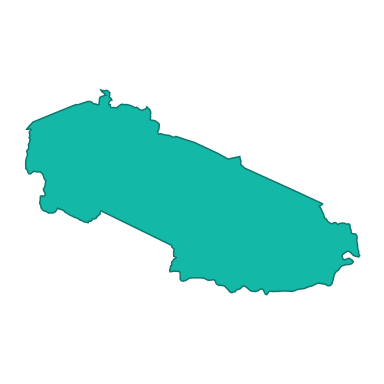 Manoel Vitorino, Bahia, Brazil, rotated 178°
{"feature_id": "56859067B7566459319079", "entity_name": "Manoel Vitorino", "entity_type": "district", "adm_level": 2, "iso_a3": "BRA", "parent_name": "Brazil", "parent_adm1": "Bahia", "projection": "orthographic", "projection_center": [-40.553, -14.068], "detail": "fine", "context": "isolated", "style": "filled", "palette": "teal", "viewbox_px": 384, "rotation_deg": 178, "n_neighbors": 0, "source": "geoboundaries", "source_scale": "gbopen_adm2", "svg_char_len": 5019}
<svg xmlns="http://www.w3.org/2000/svg" viewBox="0 0 384 384"><g transform="rotate(178 192 192)"><path d="M37.1,114.1L34.8,114.8L33.2,116.6L34.1,118.1L35.4,119.0L36.7,120.1L38.4,120.2L40.4,119.3L42.4,118.9L43.4,120.0L44.0,121.1L44.3,122.4L43.8,124.1L41.7,125.6L39.8,126.9L38.1,127.3L36.8,126.9L35.4,125.9L34.2,124.3L33.0,123.1L31.3,122.3L29.3,121.8L27.8,121.2L26.6,122.5L27.5,124.1L27.5,125.7L27.6,127.3L28.4,129.4L28.4,131.8L28.4,133.8L28.8,135.7L29.0,137.3L28.8,139.5L28.6,141.2L29.0,142.9L29.8,144.2L31.5,144.6L33.2,144.8L34.2,145.6L34.5,146.8L34.3,148.2L34.9,149.8L35.4,151.0L35.1,153.1L36.3,154.7L38.7,154.5L40.7,155.5L42.6,155.7L45.1,155.5L47.4,154.4L49.4,156.4L51.3,156.3L53.7,155.2L55.1,156.2L56.5,157.0L57.6,158.3L58.6,160.1L60.3,161.3L60.9,163.2L61.4,165.7L62.2,167.1L62.7,168.3L63.2,169.7L63.8,171.0L64.4,172.1L65.3,173.4L64.0,173.9L62.8,174.5L62.0,175.7L91.3,190.6L137.7,213.6L139.2,214.5L140.3,215.9L142.0,217.3L142.4,219.2L142.0,221.0L142.3,222.3L142.8,223.9L143.0,225.8L153.4,223.9L154.7,223.6L164.5,229.5L187.4,241.2L191.6,242.8L193.4,243.4L206.1,248.1L207.6,247.5L209.6,247.6L211.7,248.9L213.3,249.5L215.6,249.7L217.8,250.1L219.4,250.8L221.3,251.4L223.4,250.9L224.1,252.7L224.2,253.9L223.0,255.6L222.7,257.4L222.4,259.3L222.5,261.2L223.5,262.1L224.4,263.0L225.9,264.1L227.8,264.9L229.8,265.1L231.4,265.9L230.8,267.8L230.8,270.7L230.5,272.4L230.7,274.2L231.3,275.5L232.7,277.1L234.1,278.7L234.7,277.5L236.1,276.3L238.0,275.9L239.5,275.2L241.8,276.6L243.2,277.7L244.3,278.6L246.1,278.2L248.5,279.7L250.9,280.7L253.0,281.4L254.5,281.7L256.6,281.6L258.5,282.2L260.3,281.7L262.0,280.5L263.3,279.6L264.4,278.5L267.4,279.2L269.5,279.1L270.6,279.8L270.6,282.2L272.2,282.5L272.0,284.1L271.4,285.5L270.1,286.4L268.9,286.6L269.9,288.6L271.3,289.8L271.0,291.6L270.7,294.2L272.2,295.7L273.4,296.5L275.1,296.4L276.3,296.2L277.7,296.5L279.5,297.2L278.8,295.6L277.4,294.7L275.7,293.0L274.7,291.7L276.0,291.7L277.5,290.9L278.7,290.6L280.6,289.9L281.3,288.0L281.4,285.7L281.7,284.2L281.7,282.9L283.6,282.4L284.8,283.2L286.4,283.4L287.9,284.0L288.9,285.1L290.5,286.0L292.7,286.2L302.9,283.2L304.7,283.4L306.5,282.9L328.1,275.0L342.7,269.6L348.5,267.4L351.9,264.0L355.0,260.5L353.3,260.4L351.8,260.9L350.6,259.9L352.0,258.4L352.7,257.2L352.1,255.1L352.2,253.1L353.0,251.9L351.8,250.4L352.4,249.0L352.7,247.2L353.9,245.0L353.6,243.1L353.7,241.4L354.4,240.2L355.5,239.2L355.7,237.9L355.0,236.0L355.4,234.2L355.9,232.7L356.5,231.0L357.1,229.1L357.1,227.6L357.3,225.0L357.2,223.0L357.4,221.4L356.3,220.2L355.6,218.8L355.2,217.3L354.5,216.1L352.8,215.7L351.5,216.7L350.1,218.0L348.6,218.1L346.9,217.6L345.2,217.4L343.2,217.4L341.6,216.4L340.7,215.0L339.9,213.3L339.5,211.3L338.7,209.4L337.6,208.2L338.1,206.7L338.3,205.0L338.7,203.4L339.3,201.7L340.5,200.1L339.9,197.7L338.6,195.8L339.2,193.7L340.8,192.8L342.2,193.5L343.7,193.1L343.8,191.4L344.0,189.2L344.6,185.9L343.6,183.6L343.4,181.4L342.0,179.3L340.4,178.2L338.8,177.7L337.4,177.1L336.2,176.0L334.6,176.0L333.4,175.9L331.8,176.0L330.0,176.5L328.7,177.6L327.8,179.1L326.6,180.6L325.6,179.7L323.8,179.2L322.1,178.6L320.5,177.5L319.5,176.2L318.3,175.6L317.1,174.8L315.6,173.7L314.4,173.0L312.6,172.1L310.4,170.8L308.7,170.3L306.9,169.5L305.4,168.2L303.9,167.5L302.4,167.0L301.4,166.1L300.0,165.7L298.6,165.5L296.9,164.9L296.1,166.4L294.5,166.2L293.2,166.8L292.4,168.5L290.4,168.5L288.8,169.0L287.8,170.6L286.5,171.7L284.8,172.9L284.6,174.7L283.5,176.3L214.5,139.5L213.9,137.6L213.0,136.6L211.9,135.8L212.2,134.0L212.5,131.8L212.5,130.0L212.5,128.4L211.1,127.8L210.1,127.0L211.2,126.1L212.9,125.2L213.4,123.9L214.5,123.0L214.9,121.3L214.7,119.6L215.9,118.9L216.4,116.6L217.0,114.9L216.8,113.1L214.9,113.2L212.9,113.5L209.9,113.3L208.5,113.1L207.1,112.6L206.6,111.0L206.8,108.4L206.8,105.3L205.9,103.7L203.8,103.2L202.1,103.6L200.6,104.2L199.2,105.1L197.5,106.0L194.9,106.2L192.7,106.1L189.5,106.0L186.9,106.0L184.8,105.7L182.8,105.3L180.8,104.2L179.6,103.5L177.7,103.2L175.8,103.3L174.0,103.6L172.6,103.1L171.7,101.9L171.1,99.8L169.8,98.5L168.6,97.9L166.4,97.6L164.5,97.4L163.2,97.0L162.0,96.1L161.0,95.0L159.8,93.6L158.7,92.3L157.9,91.2L156.9,90.3L155.3,90.0L153.9,90.8L152.2,90.9L151.1,92.6L149.1,93.1L147.3,93.5L146.0,94.8L144.5,96.2L143.0,96.3L141.9,95.6L140.4,94.4L139.0,93.2L137.8,91.9L136.5,91.0L134.6,90.6L132.5,90.3L130.9,90.7L129.4,91.0L127.8,92.1L126.3,92.9L124.6,92.3L123.7,90.9L123.0,88.8L122.1,87.3L120.8,86.8L119.6,88.3L118.7,89.8L116.6,90.0L114.4,89.7L113.0,89.7L111.5,89.7L109.4,89.7L107.6,89.7L106.2,89.8L104.6,89.9L103.3,89.9L101.7,89.8L100.3,89.7L98.6,89.5L97.1,89.4L95.4,89.3L94.1,89.4L92.2,90.0L90.1,90.9L88.2,91.2L86.4,91.4L84.8,91.4L83.2,91.6L81.9,92.0L79.7,92.9L78.1,93.4L76.7,93.6L75.1,94.0L73.1,95.0L71.7,95.6L70.1,96.3L68.0,96.4L66.1,96.0L64.9,95.6L63.5,95.5L61.8,95.1L60.8,94.2L59.3,93.6L57.7,93.5L56.3,94.3L55.2,95.7L54.4,98.2L53.7,100.6L53.1,102.9L52.7,104.5L51.6,106.2L50.0,107.9L48.2,108.9L47.0,110.6L46.1,112.1L44.7,112.9L43.4,113.3L42.0,113.6L40.4,114.2L38.8,114.0L37.1,114.1Z" fill="#14b8a6" stroke="#0f766e" stroke-width="1.5"/></g></svg>